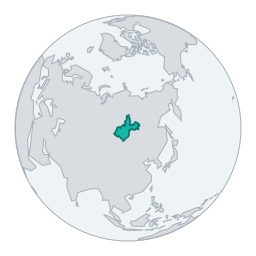 the Earth from above Irkutsk
{"feature_id": "RUS-2602", "entity_name": "Irkutsk", "entity_type": "Region", "adm_level": 1, "iso_a3": "RUS", "parent_name": "Russia", "parent_adm1": "", "projection": "orthographic", "projection_center": [107.861, 57.716], "detail": "fine", "context": "on_globe", "style": "filled", "palette": "teal", "viewbox_px": 256, "rotation_deg": 0, "n_neighbors": 0, "source": "natural_earth", "source_scale": "10m", "svg_char_len": 15984}
<svg xmlns="http://www.w3.org/2000/svg" viewBox="0 0 256 256"><circle cx="128" cy="128" r="113" fill="#eef3f6" stroke="#a8b0b8"/><path d="M189.2,33.4L192.8,36.8L191.7,35.1L194.4,37.0L195.9,38.3L194.2,37.1L194.9,38.9L197.4,41.9L195.9,44.6L187.6,44.6L187.1,42.7L185.2,43.0L185.7,45.5L186.5,47.1L180.5,53.3L180.9,63.4L184.8,67.5L181.0,66.1L190.9,74.7L193.5,81.6L188.2,73.3L185.9,72.1L186.6,76.5L184.3,76.2L183.4,78.3L180.6,77.6L177.8,73.0L176.0,72.6L176.5,75.7L174.2,77.3L173.6,72.7L169.4,74.9L163.8,68.0L164.6,57.0L159.2,53.5L153.9,43.1L152.1,43.9L149.0,40.8L145.7,40.6L145.7,38.9L143.1,40.3L143.8,41.9L142.9,43.1L141.1,43.2L140.7,41.0L141.5,40.6L140.5,40.0L141.1,38.9L139.7,39.5L139.5,36.9L137.0,39.6L134.5,37.7L135.0,36.0L138.6,36.0L148.6,32.5L150.3,31.1L149.1,28.9L139.3,25.1L139.7,23.7L137.5,22.0L135.7,22.7L136.7,24.3L132.8,25.5L134.5,27.5L133.1,28.3L133.4,30.7L129.5,30.6L125.6,29.3L125.1,27.4L123.4,26.9L120.7,29.0L116.8,26.0L109.0,25.1L108.4,24.5L112.9,22.2L120.8,21.1L126.6,19.0L118.9,20.7L117.6,19.3L115.7,19.3L113.6,19.7L112.5,20.4L111.3,20.1L118.4,18.0L119.6,18.3L117.4,18.9L121.1,18.4L125.9,17.4L124.8,16.9L133.1,16.4L132.5,16.1L133.9,15.9L134.4,16.4L133.7,15.7L142.1,16.2L150.4,17.6L158.6,19.6L166.6,22.2L174.4,25.4L181.9,29.1L189.2,33.4ZM233.9,98.4L233.0,97.4L233.3,96.5L233.9,98.4ZM232.7,97.9L232.9,98.0L232.7,98.1L232.7,97.9ZM232.6,98.7L232.7,98.1L232.7,98.9L232.6,98.7ZM232.7,99.9L232.6,99.2L232.7,99.3L232.7,99.9ZM232.4,101.5L232.3,101.8L232.2,101.0L232.4,101.5ZM187.2,47.9L185.9,45.6L186.3,43.6L187.6,45.4L187.2,47.9ZM186.2,52.3L184.9,51.0L187.2,50.4L187.2,51.3L186.2,52.3ZM188.1,70.6L187.5,68.3L188.8,70.7L188.1,70.6ZM183.7,78.7L184.6,79.4L183.7,80.2L183.7,78.7ZM135.6,30.6L134.5,30.7L135.0,30.2L135.6,30.6ZM136.7,31.7L138.0,31.1L138.7,31.6L137.9,31.9L136.7,31.7ZM178.8,80.0L177.1,81.0L178.3,79.1L178.8,80.0ZM134.9,32.3L139.8,32.4L141.1,33.2L139.0,35.1L134.9,32.3ZM175.8,81.1L171.7,84.0L173.3,85.8L166.5,82.3L172.2,81.0L173.4,78.3L174.1,80.4L175.8,81.1ZM144.8,42.4L144.0,40.7L146.4,42.0L144.8,42.4ZM146.6,43.0L155.1,45.8L155.4,48.5L152.5,46.9L154.2,50.5L150.1,50.4L148.2,48.4L148.9,46.7L146.8,48.0L146.6,43.0ZM163.3,80.0L161.9,80.1L162.9,79.2L163.3,80.0ZM142.7,43.6L144.5,43.9L144.8,46.3L141.4,46.1L142.4,45.4L142.7,43.6ZM156.6,51.5L156.3,53.3L152.9,53.7L152.3,54.5L150.0,50.6L156.6,51.5ZM141.4,44.9L139.7,46.1L137.9,45.1L141.1,43.6L141.4,44.9ZM146.3,46.9L146.3,48.1L145.2,47.4L146.3,46.9ZM130.4,42.5L132.4,42.6L132.8,43.8L130.4,42.5ZM139.2,46.5L139.9,46.9L140.2,47.4L138.8,47.9L139.2,46.5ZM147.8,51.2L146.4,51.1L148.5,52.8L146.1,53.3L145.0,50.7L144.4,52.0L143.6,52.2L143.6,49.9L147.8,51.2ZM138.4,50.1L136.2,47.1L132.3,46.5L131.9,45.4L138.2,46.6L138.4,50.1ZM141.5,50.1L139.5,49.8L140.0,48.5L141.6,47.9L141.5,50.1ZM144.8,54.6L148.8,54.5L148.9,55.1L144.8,54.6ZM137.2,50.2L137.8,50.9L136.9,50.3L137.2,50.2ZM142.3,53.5L143.8,53.4L143.8,54.0L142.3,53.5ZM137.7,52.5L137.0,51.5L138.1,51.0L137.7,52.5ZM139.7,53.2L139.5,54.1L138.9,51.5L140.4,53.0L139.7,53.2ZM142.2,54.1L142.7,54.5L141.6,54.1L142.2,54.1ZM133.9,55.0L132.9,51.8L135.4,50.7L136.0,53.9L133.9,55.0ZM40.4,57.2L42.2,55.1L44.4,61.7L41.5,66.7L39.4,80.5L38.5,82.9L35.2,84.2L30.7,99.4L33.6,100.5L33.1,112.8L35.1,119.4L42.2,116.1L39.0,105.1L42.0,100.4L47.4,106.8L50.8,116.8L52.1,115.3L52.9,106.9L56.8,107.2L53.6,103.9L52.6,106.7L50.6,104.7L51.4,102.1L52.7,102.2L52.5,98.9L46.3,99.2L44.6,102.1L42.3,95.2L39.3,99.4L37.6,98.5L42.1,91.1L44.0,90.0L49.6,79.4L47.4,79.9L41.9,90.0L42.3,87.7L39.3,88.7L41.9,86.2L48.5,75.3L48.4,69.2L43.1,65.9L44.2,62.3L47.5,57.6L54.8,55.1L51.5,63.6L54.1,63.1L59.3,58.8L57.8,61.9L59.6,61.2L58.8,64.5L62.1,66.9L62.0,70.0L67.6,69.1L68.3,70.7L64.8,70.7L62.3,72.6L62.5,80.8L63.8,81.8L67.5,80.6L67.1,83.2L70.6,81.0L72.8,85.2L73.0,78.3L77.3,77.1L81.0,78.7L82.5,77.1L76.4,74.5L74.0,74.6L71.8,76.6L65.2,76.2L64.2,73.9L71.3,69.9L70.6,66.2L76.4,64.9L89.1,72.3L92.3,76.5L88.3,86.8L85.1,86.6L84.9,82.8L81.1,87.8L83.3,86.7L83.0,88.9L87.0,88.4L87.0,90.0L90.9,87.0L91.3,88.9L88.8,90.7L95.1,92.0L97.1,95.7L98.5,95.3L99.5,93.8L101.4,99.7L102.3,99.1L102.1,96.9L103.9,94.4L107.8,92.4L108.2,94.5L106.9,95.5L104.7,101.0L101.0,103.6L101.6,104.3L104.9,102.6L107.6,95.9L109.8,94.0L109.0,97.3L109.5,96.0L110.7,95.7L112.3,97.6L113.4,94.1L126.5,89.5L131.0,92.8L128.8,96.1L138.4,95.8L142.7,99.9L142.5,97.9L147.0,96.6L145.7,95.2L145.9,94.2L156.7,90.7L159.6,91.8L164.0,88.3L163.9,87.3L162.0,86.4L166.5,82.3L173.3,85.8L173.3,87.9L177.6,88.9L176.8,93.6L178.1,98.0L174.7,102.9L176.1,106.2L177.6,106.2L180.6,110.8L181.4,120.6L173.9,112.6L171.4,98.8L171.8,104.3L169.7,103.1L168.6,105.1L169.1,109.1L170.4,109.5L160.7,116.9L157.8,127.8L163.0,126.4L166.1,129.1L167.3,141.3L157.2,158.5L161.2,162.9L161.4,166.1L157.7,168.5L157.3,163.9L153.7,162.6L154.1,159.7L148.0,162.4L148.3,158.4L143.4,162.6L145.1,165.6L150.4,164.6L146.1,170.1L151.3,175.0L151.7,181.0L142.5,191.6L133.4,194.6L132.8,196.3L129.2,194.2L124.3,197.2L130.8,206.6L130.6,209.1L122.7,213.1L122.6,211.3L113.2,205.8L111.3,211.3L118.4,216.6L120.9,221.7L115.3,219.6L112.9,215.0L109.5,212.9L110.5,208.2L108.0,200.0L102.4,200.3L103.0,197.1L98.6,188.9L90.6,188.7L77.9,192.7L76.0,199.9L71.7,201.1L66.9,187.0L67.5,178.5L64.1,177.3L60.6,166.6L49.7,156.5L49.7,153.5L47.3,152.3L45.1,146.5L45.6,141.7L43.6,139.3L42.6,152.1L45.0,154.7L49.0,154.4L48.2,157.9L50.5,164.0L42.5,165.4L28.9,155.0L30.1,148.9L32.8,123.9L34.2,122.9L34.3,122.7L34.5,122.3L32.1,123.4L33.4,118.8L29.3,134.2L27.5,139.1L28.7,155.1L27.9,155.0L29.1,159.3L35.9,166.5L35.4,168.1L30.6,170.9L23.4,167.4L25.9,175.2L26.8,177.4L23.5,170.1L20.8,162.6L18.6,154.9L17.0,147.1L15.9,139.2L15.4,131.3L15.5,123.3L16.1,115.3L17.3,107.4L19.0,99.6L21.3,92.0L24.1,84.5L27.4,77.3L31.3,70.3L35.6,63.6L40.4,57.2ZM39.7,61.7L38.7,62.4L39.7,61.7ZM51.8,130.6L55.5,136.3L58.3,130.0L59.9,131.7L60.3,129.0L58.5,129.5L60.0,122.6L63.2,123.9L65.0,121.6L63.9,119.6L57.7,118.4L55.5,128.2L52.8,128.5L51.8,130.6ZM117.2,19.4L116.6,19.5L114.4,19.8L115.4,19.4L117.2,19.4ZM104.5,23.1L102.7,22.5L104.7,22.5L105.8,21.8L111.4,21.1L108.4,24.1L108.8,22.8L104.5,23.1ZM118.0,21.3L114.8,21.2L118.4,21.2L118.0,21.3ZM69.8,55.3L68.1,56.9L66.2,56.7L66.4,53.2L69.1,53.4L69.8,55.3ZM66.1,59.4L73.0,56.7L73.2,59.0L71.9,58.1L71.4,59.9L69.1,59.1L62.5,64.1L60.4,64.2L61.9,57.3L62.6,59.4L64.2,57.6L66.1,59.4ZM90.5,47.5L93.5,46.8L90.0,52.5L87.6,52.5L87.6,48.9L90.5,46.7L90.5,47.5ZM130.3,36.0L131.7,35.7L131.8,36.2L130.7,37.0L130.3,36.0ZM131.3,42.4L124.4,38.1L125.6,37.4L120.1,35.9L121.2,33.6L124.7,34.7L121.4,31.9L125.1,32.0L122.5,30.3L130.3,32.9L133.4,33.0L129.5,33.7L128.4,35.7L128.9,36.6L132.5,39.3L138.8,40.7L138.7,43.1L136.9,44.4L135.4,44.4L136.0,42.8L133.6,44.0L133.2,41.8L131.3,42.4ZM116.9,60.8L118.1,58.5L113.2,61.3L112.8,58.7L112.3,59.2L110.6,57.7L107.6,56.7L107.9,55.4L106.6,55.6L105.4,54.6L103.7,54.5L103.7,52.3L101.7,51.9L102.9,51.1L99.3,51.1L101.9,50.1L100.7,48.9L98.8,50.5L103.0,39.8L102.7,36.4L101.0,34.2L105.8,33.0L110.5,34.5L114.4,37.5L114.0,41.0L116.2,40.0L116.7,41.4L114.7,41.6L118.0,42.1L117.9,43.4L121.4,46.6L126.3,46.7L127.7,48.0L125.7,48.6L128.5,49.4L125.7,51.4L126.6,52.4L124.8,55.5L120.4,56.2L121.8,57.3L120.5,59.8L116.9,60.8ZM133.3,55.8L128.2,57.0L125.4,56.3L129.7,51.3L129.3,50.1L131.9,47.1L135.9,48.2L134.7,49.0L134.6,50.0L133.4,49.2L134.2,50.6L132.7,51.7L132.9,53.1L131.1,53.1L133.3,55.8ZM39.8,83.9L39.5,85.5L39.6,87.7L37.7,88.4L39.8,83.9ZM44.1,76.4L44.2,77.6L41.6,79.5L41.9,77.9L44.1,76.4ZM46.5,76.7L44.4,77.5L45.7,76.1L46.5,76.7ZM65.1,71.8L65.5,73.0L64.6,73.5L63.4,73.3L65.1,71.8ZM102.3,69.1L103.5,67.8L104.1,68.1L107.9,66.6L108.5,68.5L106.5,70.1L102.3,69.1ZM40.4,115.2L38.5,114.3L38.7,112.8L39.3,113.4L40.4,115.2ZM37.0,100.8L36.7,104.8L36.5,100.9L37.0,100.8ZM103.6,70.9L105.1,70.1L104.5,71.6L103.6,70.9ZM109.2,69.8L108.8,71.5L109.1,68.6L109.2,69.8ZM31.5,186.2L33.5,189.0L33.9,189.0L36.5,193.3L36.9,194.3L31.5,186.2ZM149.4,230.1L152.8,229.8L152.7,230.1L149.4,230.1ZM145.9,229.8L149.8,229.4L145.2,230.4L145.9,229.8ZM151.3,229.2L155.2,228.2L156.9,227.5L156.6,228.0L151.3,229.2ZM143.2,230.1L128.8,230.5L123.1,229.6L124.5,228.9L133.7,229.3L143.2,230.1ZM124.0,228.8L115.3,225.4L103.6,214.8L107.8,215.8L120.1,222.9L119.3,223.7L124.6,226.3L124.0,228.8ZM145.0,223.7L144.2,226.2L136.2,226.4L132.6,226.1L130.1,222.8L131.5,221.0L134.5,221.1L146.0,214.0L150.0,215.3L146.5,218.4L149.8,220.5L145.0,223.7ZM76.4,200.8L78.5,206.1L76.2,205.7L76.4,200.8ZM150.7,208.6L146.0,212.2L150.3,207.6L150.7,208.6ZM153.2,204.2L153.5,205.8L151.6,204.4L153.2,204.2ZM132.6,198.9L129.5,199.2L129.4,197.9L133.4,196.7L132.6,198.9ZM152.0,186.0L151.9,190.1L151.3,191.6L149.9,189.3L152.0,186.0ZM110.9,87.0L104.9,86.8L101.0,88.2L99.4,91.3L99.0,87.0L105.1,84.9L110.9,87.0ZM124.5,88.9L125.9,86.4L127.0,87.6L126.9,88.4L124.5,88.9ZM124.1,87.3L122.6,84.0L124.5,82.7L125.3,85.5L124.1,87.3ZM112.8,77.2L111.0,76.9L111.6,75.7L112.8,77.2ZM141.1,239.9L137.7,239.6L139.2,239.5L138.7,238.5L151.8,235.6L161.4,230.7L168.3,229.0L173.8,224.6L180.8,222.2L178.5,225.1L185.4,222.9L190.9,216.1L194.4,218.0L198.8,215.5L199.0,215.4L192.7,220.2L186.0,224.6L179.0,228.4L171.8,231.8L164.4,234.6L156.7,236.9L149.0,238.7L141.1,239.9ZM221.2,191.2L221.5,190.7L221.2,191.3L221.2,191.2ZM220.9,191.6L221.5,190.6L221.3,191.0L220.9,191.6ZM217.3,194.5L217.9,193.6L218.1,193.6L217.3,194.5ZM157.8,229.0L162.6,226.4L165.2,225.6L157.8,229.0ZM216.6,194.8L215.2,196.2L215.4,195.7L216.6,194.8ZM216.8,194.0L216.7,193.8L217.4,193.8L216.8,194.0ZM214.2,195.7L215.8,194.8L214.0,196.0L214.2,195.7ZM213.2,196.8L211.9,197.6L212.0,197.4L213.2,196.8ZM198.6,208.4L203.3,207.7L199.4,210.3L195.0,211.5L191.4,214.9L183.3,218.6L185.2,216.8L184.2,215.7L175.7,218.3L174.0,217.8L177.0,216.0L171.4,216.8L177.6,214.3L180.1,215.8L183.6,212.6L189.5,210.4L195.2,208.2L199.7,207.1L198.6,208.4ZM177.5,219.4L178.6,219.0L177.6,219.9L177.5,219.4ZM209.6,198.5L211.4,198.0L211.1,198.4L210.3,199.0L209.6,198.5ZM200.7,206.1L205.6,201.1L206.7,200.3L203.5,204.5L200.7,206.1ZM204.4,200.7L206.7,199.4L207.8,199.5L207.3,200.1L204.4,200.7ZM164.9,221.1L164.6,221.8L163.0,221.7L164.9,221.1ZM167.0,220.2L171.9,219.5L166.5,220.9L167.0,220.2ZM152.0,220.8L153.5,222.2L158.1,220.4L154.6,222.5L157.6,224.5L156.6,225.5L153.5,223.4L152.4,226.3L150.4,226.5L149.3,224.3L151.4,221.0L153.4,219.4L161.6,217.4L152.0,220.8ZM167.0,218.3L165.7,216.7L166.6,215.1L168.0,215.8L167.0,218.3ZM161.8,212.5L158.3,210.6L155.1,212.1L161.5,207.3L163.8,210.0L161.8,212.5ZM158.8,207.3L155.8,208.7L158.9,206.0L158.8,207.3ZM155.1,207.9L154.7,206.0L157.0,205.9L155.1,207.9ZM160.3,207.1L160.8,203.7L162.0,205.4L160.3,207.1ZM153.7,201.6L158.7,204.2L152.2,203.8L151.8,196.9L154.5,196.4L153.7,201.6ZM168.3,168.0L167.5,165.8L170.0,164.6L169.8,166.5L168.3,168.0ZM177.3,159.1L170.4,163.5L164.7,167.2L166.6,167.9L165.4,172.2L162.6,169.0L166.4,163.6L170.8,161.6L171.2,157.9L174.3,154.5L173.4,150.2L174.7,147.8L176.9,151.2L177.3,159.1ZM172.8,148.4L172.2,140.3L177.0,139.9L178.1,141.6L176.4,145.5L174.0,145.4L172.8,148.4ZM173.5,138.2L171.2,138.1L165.5,127.0L165.4,124.7L172.3,132.7L170.5,133.0L171.0,135.9L173.5,138.2ZM162.5,81.2L162.0,80.2L163.2,80.8L162.5,81.2ZM145.1,93.5L145.6,92.1L147.0,92.7L145.1,93.5ZM147.8,88.7L145.8,89.0L147.7,87.8L147.8,88.7ZM141.5,89.7L145.0,88.6L141.9,91.0L141.5,89.7Z" fill="#d9dde1" stroke="#a8b0b8" stroke-width="1"/><path d="M121.7,126.3L122.2,126.2L122.3,125.9L122.5,125.8L122.6,125.7L122.5,125.4L122.5,125.1L122.7,124.9L122.9,124.9L123.1,124.7L123.2,124.8L123.5,124.8L123.4,124.9L123.4,125.0L123.5,125.3L123.7,125.5L124.0,125.6L124.0,125.8L123.9,125.9L124.3,125.9L124.5,126.0L124.9,126.1L125.0,126.0L124.8,125.8L124.9,125.7L125.3,125.3L125.5,125.2L125.4,124.9L125.4,124.7L125.1,124.5L125.0,124.3L125.0,124.0L125.2,123.9L125.7,123.8L125.6,123.7L125.6,123.3L125.7,123.0L125.5,122.9L125.1,122.9L124.9,122.6L124.8,122.2L124.7,121.8L124.9,121.7L124.9,121.4L125.1,121.1L125.3,121.1L125.2,120.9L125.6,120.7L126.0,120.2L126.1,120.3L126.2,120.2L126.2,119.9L126.5,119.6L126.6,119.4L126.7,119.1L126.7,118.9L126.8,118.8L126.9,118.6L127.0,118.4L126.8,118.3L126.8,118.1L126.7,117.9L126.5,117.5L126.7,117.4L126.7,117.2L127.0,117.0L127.0,116.9L126.8,116.6L127.0,116.4L126.9,116.3L127.1,116.0L127.0,115.8L127.0,115.7L127.3,115.9L127.5,115.8L127.8,115.7L128.3,115.7L128.3,115.3L128.1,115.2L128.4,115.2L128.6,115.2L128.5,115.3L128.8,115.7L128.7,115.8L128.8,115.9L128.7,116.1L128.4,116.0L128.4,116.3L128.2,116.4L128.2,116.5L128.6,116.5L128.9,116.6L129.0,116.5L129.2,116.8L129.3,116.9L129.3,117.1L129.4,117.3L129.4,117.7L129.6,117.9L129.5,118.1L129.4,118.4L129.3,118.5L129.5,118.8L129.9,118.8L130.0,119.0L129.9,119.1L130.0,119.2L129.6,119.8L129.6,120.1L129.9,120.5L129.8,120.9L130.1,121.0L130.4,121.1L130.5,121.2L130.5,121.5L130.3,121.9L130.3,122.0L130.1,122.2L130.2,122.3L130.0,122.6L129.9,122.8L129.9,123.0L129.8,123.3L129.7,123.7L129.8,123.8L129.6,124.0L129.4,124.6L129.5,124.7L129.4,124.7L129.4,124.8L129.7,124.9L129.7,125.1L129.8,125.2L129.8,125.3L130.0,125.5L130.4,125.5L130.7,125.3L130.8,125.2L130.7,125.1L130.8,124.9L131.2,125.0L131.2,124.9L131.3,125.0L131.5,124.9L131.8,125.0L131.9,124.8L132.1,124.8L132.3,124.4L132.5,124.5L132.4,124.6L132.8,124.7L132.8,124.8L132.7,124.9L132.6,125.1L132.6,125.5L132.8,125.4L132.8,125.2L133.1,125.0L133.4,125.0L133.6,124.7L133.7,124.3L133.7,124.1L133.9,124.0L133.9,123.9L134.1,123.9L134.1,123.7L134.3,123.4L134.6,123.2L134.7,122.7L134.8,122.8L135.1,122.2L135.5,122.0L135.9,122.2L136.5,122.3L136.9,122.6L137.0,122.8L137.2,123.0L137.2,123.6L137.3,123.8L137.7,123.9L137.8,123.7L137.9,123.9L138.0,123.9L138.1,123.6L138.3,123.5L138.8,123.8L139.0,124.0L138.8,124.2L138.9,124.5L139.1,124.6L139.0,124.8L139.2,125.2L139.1,125.4L139.5,125.6L139.5,125.8L139.6,126.0L139.1,126.2L138.9,126.2L138.7,125.9L138.5,126.0L138.4,125.9L138.1,125.9L137.9,126.1L138.0,126.4L137.9,126.5L137.9,126.8L137.6,127.2L137.7,127.3L137.7,127.5L137.9,127.5L138.0,127.8L138.0,128.1L138.3,128.0L138.5,128.1L138.5,128.3L138.3,128.4L138.4,128.5L138.5,128.7L138.4,128.8L138.4,129.0L138.3,128.9L138.3,129.0L138.1,129.0L138.1,128.8L137.9,129.1L137.6,129.3L137.3,129.3L137.1,129.1L136.9,129.2L136.4,129.0L136.5,128.8L136.9,128.6L136.8,128.4L136.5,128.4L136.3,128.7L136.0,128.8L135.7,128.8L135.7,129.0L135.5,129.4L135.4,129.6L135.1,129.6L134.8,129.7L134.6,129.9L134.6,130.0L134.4,129.9L134.1,129.8L133.9,129.9L133.4,129.8L133.3,129.7L133.2,129.5L133.2,129.3L132.9,129.5L132.7,129.5L132.6,129.4L132.2,129.5L132.0,129.3L132.0,129.1L131.8,129.1L131.7,129.4L131.8,129.5L131.6,129.7L131.1,129.6L130.9,129.7L130.7,129.5L130.3,129.4L130.2,129.6L130.2,129.8L130.1,130.0L129.7,129.9L129.6,130.0L129.4,130.0L129.2,130.2L128.9,130.2L128.9,130.4L128.8,130.7L128.8,130.8L129.0,130.9L129.2,131.3L129.5,131.4L129.5,131.5L129.2,131.5L129.0,132.1L128.9,132.1L128.9,132.3L128.9,132.5L129.0,132.9L129.0,133.0L128.9,133.2L129.0,133.4L129.0,133.5L128.9,133.5L129.0,134.0L128.8,134.2L129.3,134.3L129.3,134.5L128.7,135.7L128.2,136.9L126.0,138.3L125.4,139.1L125.1,139.4L124.7,139.7L124.1,139.9L124.0,140.2L124.1,140.4L124.0,140.6L123.9,140.5L123.5,140.5L123.0,140.8L123.0,140.2L122.8,140.1L122.5,140.1L122.3,139.8L122.4,139.4L121.8,139.0L121.6,138.7L121.2,138.4L121.0,138.5L120.9,138.5L120.8,138.3L120.6,138.1L120.4,137.8L120.4,137.6L119.7,137.2L119.2,136.6L119.3,136.4L119.2,136.3L119.1,136.0L118.9,136.1L118.6,136.1L118.6,136.3L118.4,136.4L118.0,136.4L118.0,136.6L117.8,136.7L117.6,136.5L117.7,136.4L117.2,136.2L117.1,136.3L116.8,136.3L116.8,136.2L116.5,135.9L116.4,135.7L116.0,135.6L115.9,135.4L115.8,135.1L115.6,135.1L115.3,134.8L115.1,134.8L114.9,134.9L114.4,134.1L114.5,133.9L114.1,133.6L114.1,133.4L114.4,133.3L114.7,133.0L115.2,133.2L115.2,132.9L115.4,132.6L115.5,132.5L115.4,132.2L115.5,132.1L115.6,131.8L115.8,131.7L115.8,131.2L115.8,130.8L116.0,130.7L116.1,130.4L116.3,130.2L116.5,130.4L116.7,130.2L116.8,130.1L116.9,129.8L117.2,129.8L117.2,129.5L117.2,129.0L116.9,128.9L117.1,128.7L116.9,128.6L116.8,128.4L117.7,127.1L118.5,127.2L118.6,127.3L118.8,127.3L119.2,127.3L119.3,127.0L119.5,126.8L119.9,126.8L119.9,127.2L120.2,127.5L120.2,127.9L120.5,128.2L120.7,127.9L120.6,127.7L120.7,127.3L120.9,127.3L121.0,127.1L121.0,126.9L121.2,126.7L121.5,126.7L121.7,126.3Z" fill="#14b8a6" stroke="#0f766e" stroke-width="1.5"/></svg>